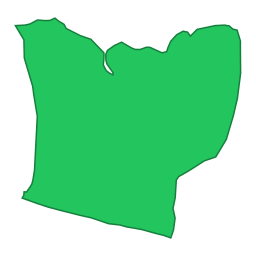 Ngerchemai, Koror, Palau (Natural Earth projection)
{"feature_id": "81905179B39054061568345", "entity_name": "Ngerchemai", "entity_type": "district", "adm_level": 2, "iso_a3": "PLW", "parent_name": "Palau", "parent_adm1": "Koror", "projection": "natural_earth1", "projection_center": [134.491, 7.348], "detail": "fine", "context": "isolated", "style": "filled", "palette": "green", "viewbox_px": 256, "rotation_deg": 0, "n_neighbors": 0, "source": "geoboundaries", "source_scale": "gbopen_adm2", "svg_char_len": 1172}
<svg xmlns="http://www.w3.org/2000/svg" viewBox="0 0 256 256"><path d="M170.8,237.9L173.5,230.0L175.1,218.1L173.0,208.4L175.2,197.8L176.3,180.1L178.6,176.6L187.6,171.5L192.6,168.4L204.4,160.8L215.8,156.9L226.3,139.4L233.3,115.9L236.7,101.4L237.4,98.4L237.9,94.3L240.6,73.4L240.4,50.9L240.4,41.0L237.1,30.1L232.8,29.1L229.4,26.0L224.6,25.1L215.1,25.6L197.1,29.4L190.4,36.1L187.5,32.1L183.1,31.2L176.6,34.8L170.6,41.5L167.9,47.8L166.7,51.7L161.9,52.8L150.1,47.4L146.5,47.2L140.1,49.5L135.2,49.4L131.8,48.1L121.5,42.2L114.2,45.6L107.5,50.4L105.8,54.4L105.9,60.1L106.9,64.0L110.6,69.3L113.1,72.7L112.8,74.8L110.2,73.6L106.4,70.8L104.3,67.0L103.3,64.6L103.9,59.0L104.0,54.9L103.9,52.8L90.9,39.3L80.5,35.7L66.2,28.5L64.1,24.4L58.6,21.1L54.9,18.1L50.1,20.4L45.3,20.6L37.5,20.0L29.9,24.0L24.9,25.1L15.4,25.6L23.9,39.8L24.3,58.0L32.7,86.4L33.7,94.3L37.3,116.3L34.5,170.4L32.9,180.0L31.9,183.9L30.0,187.1L26.5,192.0L24.1,191.8L23.8,195.3L22.2,198.1L32.0,201.6L36.9,203.4L48.2,207.1L52.6,208.3L65.3,211.6L80.4,215.4L91.2,217.8L108.6,223.7L119.9,225.0L126.6,226.9L135.5,228.4L141.6,229.5L155.3,233.3L163.8,235.4L170.8,237.9Z" fill="#22c55e" stroke="#15803d" stroke-width="1.5"/></svg>